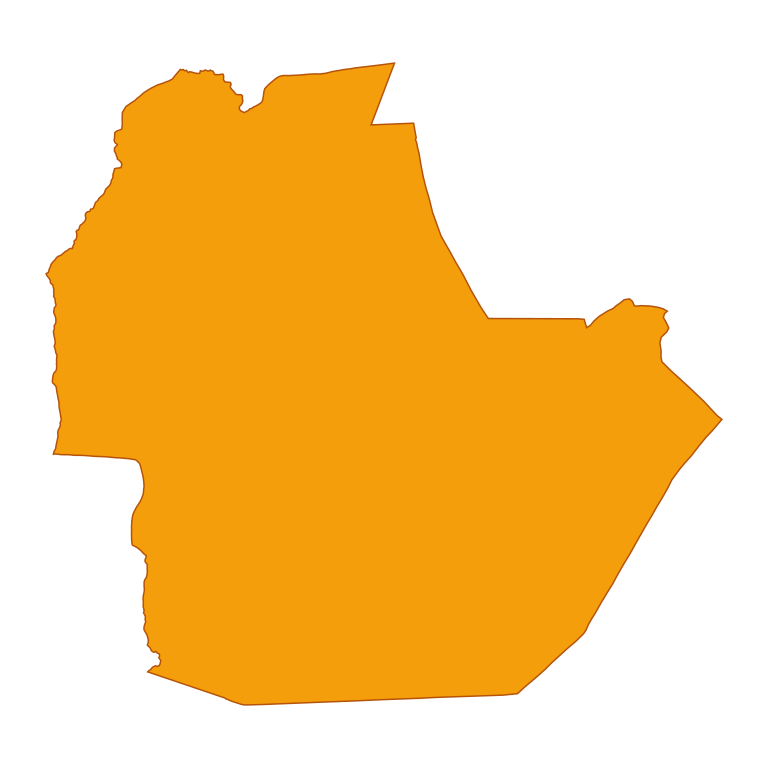 Kiri Vong, Takêv, Cambodia
{"feature_id": "14789045B7964460179399", "entity_name": "Kiri Vong", "entity_type": "district", "adm_level": 2, "iso_a3": "KHM", "parent_name": "Cambodia", "parent_adm1": "Takêv", "projection": "mercator", "projection_center": [104.745, 10.65], "detail": "fine", "context": "isolated", "style": "filled", "palette": "amber", "viewbox_px": 768, "rotation_deg": 0, "n_neighbors": 0, "source": "geoboundaries", "source_scale": "gbopen_adm2", "svg_char_len": 5903}
<svg xmlns="http://www.w3.org/2000/svg" viewBox="0 0 768 768"><path d="M51.0,283.6L52.6,284.7L53.1,286.4L53.5,288.3L54.0,289.7L53.6,290.9L53.8,292.2L53.9,294.0L53.6,296.4L54.8,298.4L55.2,300.4L55.3,302.6L56.0,304.6L55.6,306.3L54.3,307.8L54.1,309.4L53.7,311.6L54.0,313.6L54.9,315.3L55.4,316.9L55.8,318.7L55.9,321.4L55.6,323.5L54.2,325.6L54.3,327.6L54.3,329.3L53.4,331.2L53.6,333.1L54.0,335.6L54.5,337.9L55.0,340.3L55.2,341.8L55.0,344.1L54.2,346.1L55.5,350.5L55.7,352.2L56.1,353.5L57.0,355.0L56.7,358.0L56.5,360.3L56.7,362.0L56.4,363.8L56.7,365.4L56.6,367.5L56.4,369.7L55.7,371.2L54.3,372.4L53.3,374.5L52.7,378.2L52.3,381.4L52.9,383.1L54.1,384.2L55.6,385.9L56.4,387.7L56.5,389.5L57.1,393.1L57.6,395.4L58.0,398.1L58.9,401.9L59.1,406.6L59.3,408.6L60.2,412.8L60.6,415.9L61.2,419.0L61.1,420.6L60.0,422.9L60.4,424.7L60.1,426.2L59.1,428.4L58.0,430.9L57.7,432.9L58.0,435.4L57.8,437.4L56.9,441.8L56.2,445.0L55.6,448.7L54.3,451.0L53.7,452.7L53.4,454.3L55.4,453.9L60.6,454.6L63.7,454.7L68.5,454.7L74.4,455.3L79.7,455.3L84.5,455.5L90.7,456.0L95.6,456.4L99.8,456.5L107.7,456.9L112.1,457.4L115.5,457.7L118.9,457.8L125.5,458.4L128.8,458.7L133.9,459.5L135.5,459.8L136.6,460.5L139.5,463.4L140.2,465.3L141.1,468.2L141.4,469.9L141.9,472.0L142.7,474.9L143.3,478.2L143.8,481.8L143.9,484.0L144.1,486.3L143.7,489.1L143.4,492.8L143.1,494.7L142.2,496.9L141.4,499.0L140.1,501.6L138.7,503.9L137.0,506.3L135.2,509.6L134.1,511.8L133.1,514.1L132.4,516.9L131.8,521.2L131.5,527.0L131.6,530.3L131.5,532.6L131.5,534.4L131.6,537.9L131.7,541.0L132.0,543.5L132.4,545.1L134.9,546.4L137.3,547.7L139.8,549.7L141.3,551.0L143.2,553.2L144.8,554.6L146.3,555.8L146.0,557.4L145.0,560.0L145.1,561.6L146.1,563.1L147.2,564.3L147.2,568.8L147.3,570.4L147.2,573.6L147.0,574.9L146.5,576.9L145.8,578.2L144.7,580.0L144.1,582.2L144.1,584.5L144.1,586.0L144.4,590.0L144.0,592.5L143.2,596.4L143.1,598.5L143.3,601.9L143.3,604.0L143.2,606.8L143.7,608.7L144.1,611.0L143.5,612.8L144.6,614.7L145.3,616.0L145.3,618.3L145.1,619.6L145.7,621.2L145.5,622.5L144.7,624.4L144.0,627.1L144.0,629.6L145.5,632.4L146.6,634.2L147.2,635.7L148.0,638.5L148.3,640.3L148.2,642.6L147.3,645.0L148.2,646.1L149.6,647.2L150.6,648.8L151.3,650.6L153.1,652.0L154.7,652.2L155.8,651.4L157.2,653.0L159.4,654.1L159.6,656.0L158.8,657.7L159.8,659.2L160.7,660.1L160.4,662.5L159.9,664.3L159.1,665.7L157.4,666.4L155.6,665.8L153.3,666.7L151.9,667.9L150.5,669.7L148.8,670.7L147.7,671.9L224.9,698.0L226.0,699.0L228.0,699.5L230.0,700.6L235.2,702.4L239.3,703.7L241.5,704.4L244.4,704.9L248.1,704.9L262.4,704.5L325.3,702.0L354.9,700.9L381.4,699.7L418.6,698.3L436.2,697.4L474.8,696.1L503.4,695.1L517.5,693.7L522.6,688.9L528.5,683.8L536.0,677.5L545.1,669.4L552.3,662.2L559.8,655.4L566.2,649.5L575.5,641.6L583.6,633.7L586.0,630.1L588.4,624.6L591.8,618.6L595.5,612.7L601.5,602.1L609.4,589.1L612.8,583.7L616.4,576.9L623.5,564.4L629.5,554.6L639.7,536.4L646.5,524.5L651.6,516.0L656.9,506.6L662.1,498.0L667.6,488.4L671.9,479.7L680.2,468.5L685.0,462.8L691.4,455.7L698.9,446.0L705.9,437.4L712.3,430.7L721.9,419.4L717.0,415.5L703.7,401.2L688.9,387.1L671.1,370.9L661.9,361.8L661.0,356.8L661.1,351.0L659.9,343.1L661.2,337.3L666.7,332.0L668.8,328.0L666.1,322.3L663.4,317.5L664.5,313.6L667.3,311.2L663.3,308.9L658.3,307.4L653.4,306.5L648.4,305.9L645.7,305.9L641.1,305.6L637.4,306.1L634.4,305.9L632.4,301.3L629.5,298.9L624.2,299.7L620.2,303.0L616.1,305.8L613.1,308.5L607.5,311.1L599.1,316.4L594.2,320.8L590.5,325.2L586.6,327.7L586.3,326.2L585.6,324.4L584.2,319.3L578.5,318.8L488.3,318.5L481.2,307.8L471.2,290.5L463.0,274.6L455.4,261.6L450.8,253.2L441.0,235.9L432.5,212.2L429.5,199.8L426.0,187.9L423.3,177.1L420.8,164.2L419.1,153.7L417.6,147.8L416.8,143.3L415.4,139.3L416.2,138.0L413.6,123.2L371.1,124.9L394.5,63.1L377.4,65.3L354.6,68.0L349.7,68.9L343.5,69.6L339.0,70.5L335.5,71.0L332.2,71.6L329.7,72.3L325.5,73.3L321.4,73.8L319.6,74.0L315.5,73.9L310.0,74.1L299.0,75.1L288.3,75.6L284.6,75.5L282.1,75.7L278.7,76.7L275.6,78.7L268.8,84.4L264.8,88.6L263.9,91.8L263.4,95.8L262.8,99.4L262.0,101.8L260.2,103.4L258.3,104.6L255.5,106.2L253.8,106.8L251.6,108.5L249.7,108.8L248.7,110.3L246.5,111.4L244.2,112.6L240.6,110.8L239.2,108.6L239.7,106.3L241.8,104.0L242.9,101.0L242.4,98.9L242.5,96.0L241.2,94.7L238.5,94.7L236.1,94.4L234.1,91.9L230.8,88.3L230.3,86.4L231.1,84.1L230.3,82.4L228.2,82.2L226.1,82.0L224.7,81.8L223.5,79.6L223.7,76.1L222.9,74.1L218.4,74.7L214.7,74.6L213.0,71.3L210.2,70.1L208.4,71.2L205.3,70.0L202.6,71.3L200.4,70.7L199.7,73.4L197.3,73.4L195.1,73.1L192.0,72.2L189.8,71.7L188.2,72.6L186.5,70.3L184.4,70.7L183.3,69.5L181.4,70.0L180.3,69.4L175.6,75.0L172.4,79.0L169.1,80.8L165.6,82.1L162.4,83.4L157.4,85.0L151.8,87.8L148.0,90.0L143.7,92.8L140.7,95.6L136.8,98.6L135.1,100.4L130.7,103.2L126.1,106.4L122.4,112.3L122.2,116.2L122.2,120.4L122.3,123.5L122.0,127.5L121.8,128.9L120.6,129.7L117.9,130.6L116.3,131.3L114.8,132.7L114.7,135.5L114.4,138.5L114.1,140.3L114.9,142.4L115.8,143.4L117.4,144.5L116.7,145.7L115.5,146.9L114.5,148.1L114.4,151.0L116.0,154.0L116.4,155.9L117.3,157.3L117.2,158.8L120.0,161.2L121.3,162.8L121.8,164.4L121.4,165.9L121.1,167.5L118.8,168.0L116.6,168.2L114.6,168.7L113.5,172.6L112.9,174.8L113.0,176.9L112.2,179.1L111.3,180.4L111.0,182.7L109.6,185.4L106.0,188.9L105.1,190.7L104.3,193.0L103.3,194.4L102.4,195.4L101.2,196.3L98.8,198.5L97.7,200.7L96.0,202.0L95.2,203.1L94.7,204.9L93.3,208.2L91.9,209.2L90.7,209.1L89.7,211.4L87.6,211.8L86.3,212.7L85.6,213.7L85.3,215.0L85.6,217.1L85.9,218.4L85.2,220.6L84.4,221.6L82.1,224.0L80.3,225.2L79.6,226.7L79.0,228.9L78.4,230.1L77.1,230.2L76.1,231.6L76.7,233.3L76.9,236.0L76.6,237.4L76.0,239.7L74.6,240.3L74.0,241.5L74.4,243.5L73.6,244.7L72.7,247.1L72.3,248.6L70.8,248.3L68.9,249.1L67.2,250.6L65.4,251.4L61.2,255.1L59.2,255.9L57.6,256.6L55.8,258.6L54.7,260.2L53.5,261.3L52.6,262.3L51.5,263.7L50.8,265.0L50.3,267.1L49.5,268.4L48.3,272.5L46.1,273.6L46.8,275.4L48.2,277.3L49.1,278.3L50.3,280.6L50.3,282.4L51.0,283.6Z" fill="#f59e0b" stroke="#b45309" stroke-width="1.5"/></svg>